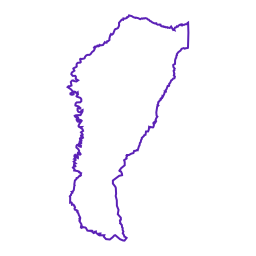 outline of Kralanh, Siemréab, Cambodia
{"feature_id": "14789045B14092242539630", "entity_name": "Kralanh", "entity_type": "district", "adm_level": 2, "iso_a3": "KHM", "parent_name": "Cambodia", "parent_adm1": "Siemréab", "projection": "albers", "projection_center": [103.469, 13.548], "detail": "fine", "context": "isolated", "style": "outline", "palette": "violet", "viewbox_px": 256, "rotation_deg": 0, "n_neighbors": 0, "source": "geoboundaries", "source_scale": "gbopen_adm2", "svg_char_len": 5649}
<svg xmlns="http://www.w3.org/2000/svg" viewBox="0 0 256 256"><path d="M76.8,66.1L76.5,66.8L73.5,68.3L73.3,68.6L74.4,70.7L72.2,72.2L71.5,73.2L71.3,74.2L72.7,75.9L75.3,75.9L75.9,76.8L75.7,78.9L78.1,80.3L76.4,81.5L73.9,81.0L73.1,80.4L72.0,80.6L70.8,82.0L71.5,85.5L69.6,86.3L68.5,86.2L67.6,87.1L70.9,89.3L72.5,91.1L72.5,92.3L70.4,93.4L70.5,94.3L72.0,94.8L73.6,94.3L73.9,91.9L74.2,91.6L75.4,91.9L76.5,93.3L77.7,92.3L78.0,94.4L76.5,96.2L76.8,96.6L80.4,97.9L81.3,99.2L81.3,101.2L80.2,102.3L76.7,102.4L75.7,103.4L75.3,105.2L75.5,105.6L78.5,106.4L80.4,108.1L80.1,108.6L77.9,108.2L77.6,108.4L77.5,110.3L78.3,111.8L79.6,112.3L80.3,112.2L81.8,110.3L82.6,110.0L82.5,111.5L80.5,115.1L76.7,115.2L75.4,115.4L74.7,115.9L75.4,116.9L76.4,117.4L77.3,117.0L78.1,117.5L78.1,117.9L76.8,118.7L76.6,119.3L77.0,119.8L78.7,119.4L78.8,120.0L77.1,120.8L77.7,121.6L78.6,121.7L79.8,120.1L80.4,119.9L81.3,120.3L81.7,120.8L79.3,124.1L78.5,126.0L78.8,126.7L79.5,127.1L81.8,127.0L80.9,128.0L82.5,129.2L83.1,130.9L81.0,132.3L82.7,134.5L82.6,135.0L81.0,135.5L81.1,136.0L82.6,136.7L83.0,137.7L81.8,138.4L80.4,138.0L79.9,138.6L80.1,139.4L81.5,140.4L81.5,140.8L81.1,141.2L80.2,140.9L79.7,141.3L79.6,142.3L81.2,142.8L81.2,143.2L79.6,143.1L79.0,143.5L78.8,144.1L81.0,145.8L80.8,146.8L79.0,146.2L78.0,144.8L77.1,144.9L76.4,146.0L76.4,147.5L78.4,149.3L79.2,151.0L79.0,152.1L78.0,152.6L77.9,153.0L78.6,153.4L80.0,153.1L80.6,154.1L80.0,154.7L78.1,154.2L77.4,154.5L77.3,155.2L78.0,157.0L77.9,158.0L76.6,157.3L75.4,155.0L75.2,154.8L74.5,155.4L74.4,156.4L75.2,157.9L74.2,158.9L75.5,159.3L75.6,160.1L73.7,161.6L75.5,163.3L74.2,163.5L73.9,165.4L74.1,165.7L75.2,165.7L75.4,166.3L73.4,167.0L72.9,167.6L74.6,169.4L74.2,170.5L77.8,171.1L79.2,171.7L79.0,172.2L79.4,172.5L81.1,173.2L80.7,174.1L81.0,175.2L80.3,175.9L79.5,175.8L77.7,177.8L76.6,178.0L76.4,179.1L74.9,180.5L74.3,184.4L74.7,185.3L74.3,185.8L73.8,190.0L72.8,191.5L71.9,191.8L72.5,192.3L72.5,192.7L71.8,193.2L71.0,194.4L71.0,195.1L69.8,196.3L70.2,197.5L70.1,202.6L71.0,202.3L71.7,202.7L71.9,204.7L72.9,204.4L73.7,204.8L73.8,205.6L74.4,205.9L75.1,207.4L74.5,208.3L74.8,209.6L76.8,210.3L76.8,210.9L77.7,211.2L77.4,212.3L78.3,213.2L78.8,214.9L80.2,217.6L80.2,218.1L79.7,218.4L80.1,219.0L80.0,219.3L79.6,219.4L79.9,220.0L79.8,221.0L79.5,221.1L81.4,224.3L81.5,225.4L81.1,225.9L80.9,227.5L81.7,227.9L82.7,226.8L83.4,227.3L85.0,227.4L85.9,227.9L87.4,230.6L89.4,230.9L90.1,230.6L91.2,231.3L91.7,230.7L92.2,230.8L92.1,231.3L93.6,233.1L94.0,233.0L94.6,231.8L95.9,231.5L95.9,232.6L98.1,234.5L99.0,233.6L100.4,233.5L100.3,234.0L99.2,234.7L99.2,235.2L99.6,235.4L104.3,235.2L103.8,236.7L106.0,239.1L109.8,239.5L112.5,237.4L114.4,235.4L115.3,235.2L120.0,239.2L123.1,240.5L124.5,240.6L126.6,237.9L124.7,236.6L124.4,236.6L123.8,234.8L122.7,233.2L123.4,231.6L122.6,229.9L122.7,228.0L122.1,227.4L121.8,224.9L121.0,224.3L120.8,223.6L120.1,223.3L120.3,222.5L119.9,220.7L120.1,220.1L120.9,219.7L120.8,217.7L117.8,214.2L118.5,209.8L116.9,205.8L116.8,200.2L115.7,196.0L116.1,193.8L115.8,187.9L115.3,186.7L112.9,183.6L112.9,180.5L119.2,175.8L122.1,175.2L122.0,173.8L121.0,171.5L119.6,171.1L119.4,170.6L121.1,168.2L124.7,165.3L124.7,161.9L124.1,160.2L126.6,158.5L126.3,157.5L127.1,156.1L126.5,155.5L126.8,155.0L129.0,155.0L131.4,153.6L133.4,153.1L134.1,150.9L135.8,150.8L136.6,150.1L137.7,150.3L139.0,146.0L139.5,145.5L139.9,143.0L140.7,142.1L141.1,140.0L141.8,138.9L141.8,137.9L143.9,136.0L144.2,135.2L145.5,134.8L146.0,131.5L148.1,131.4L148.8,129.6L149.1,126.9L150.0,127.4L150.3,126.9L152.4,127.4L153.2,127.3L153.6,126.4L154.0,124.8L153.4,123.6L153.5,122.7L154.4,122.0L155.1,122.8L155.8,121.8L156.1,121.2L155.6,120.7L155.8,120.2L155.6,119.9L156.3,118.1L157.4,116.6L156.6,115.7L156.3,112.4L157.2,106.6L158.3,105.5L157.5,104.9L158.2,103.6L158.2,102.2L159.3,101.4L159.5,100.5L160.6,100.0L161.1,99.1L160.7,98.7L161.7,97.7L162.1,97.8L162.4,96.2L162.9,96.6L164.3,93.8L164.4,92.8L165.0,92.1L164.8,91.4L165.9,91.5L165.7,90.1L166.5,89.2L167.5,86.4L167.7,85.9L168.9,86.0L169.2,85.5L169.2,83.7L170.2,82.8L171.2,80.4L171.9,80.1L173.3,78.5L174.4,78.3L174.9,76.7L173.9,75.6L174.2,75.3L174.0,74.2L174.4,73.8L173.6,70.9L174.4,70.2L174.2,69.4L174.7,68.6L173.5,67.2L173.2,65.8L173.3,64.8L175.0,63.9L175.1,60.2L175.7,58.2L176.2,57.8L176.4,55.8L177.0,55.2L176.8,54.2L178.3,52.2L180.5,50.6L181.6,48.8L183.8,48.1L184.8,48.7L185.4,48.3L187.8,48.0L188.0,47.4L188.4,32.7L188.1,22.6L187.5,23.0L187.4,23.8L186.6,24.2L185.4,24.2L184.0,24.9L182.7,24.9L182.1,25.5L181.7,25.4L182.0,24.8L181.8,24.3L180.2,24.6L178.4,25.7L177.9,26.6L176.9,26.9L176.7,26.6L176.2,27.3L175.0,27.6L174.2,29.2L174.5,30.1L173.8,29.8L173.2,30.0L171.1,26.5L169.8,28.0L167.9,27.5L167.6,27.7L167.0,27.1L165.9,27.4L164.8,26.7L164.3,27.0L163.6,26.8L163.0,26.2L162.2,26.5L161.1,26.0L160.6,24.9L160.2,25.1L159.8,24.5L157.8,24.7L155.8,23.6L155.9,23.3L154.6,23.4L152.3,22.4L150.8,21.2L150.1,21.1L148.8,19.7L147.9,19.5L146.9,18.5L145.1,18.1L144.2,18.5L143.2,18.3L142.7,18.7L141.7,18.4L140.2,19.2L138.3,18.2L135.9,17.6L135.6,17.9L133.4,17.2L131.7,16.1L129.0,15.4L128.4,16.8L127.1,17.1L126.8,18.0L124.7,18.7L123.4,18.4L123.1,19.8L121.9,19.6L121.5,19.9L119.0,22.8L119.1,25.6L118.0,28.0L116.5,28.8L115.5,29.0L114.8,29.6L113.2,33.7L111.9,34.7L111.0,34.0L110.3,35.1L109.4,38.4L109.5,39.9L108.1,41.2L107.2,41.2L106.6,42.7L105.6,42.4L105.0,42.8L104.7,42.4L103.0,45.0L100.5,45.4L99.8,44.9L99.3,45.7L98.9,45.4L98.2,45.5L98.6,46.2L98.3,46.4L96.7,46.2L95.5,47.3L95.3,46.6L94.7,46.7L94.0,47.7L94.8,48.4L94.7,48.9L93.9,50.6L91.9,52.2L90.7,54.0L89.5,54.9L87.5,54.9L86.4,55.3L85.1,56.7L84.6,58.2L83.9,58.6L81.7,59.0L80.5,58.8L80.1,59.2L80.8,62.0L80.3,62.6L77.8,62.8L76.8,63.7L76.5,65.1L76.8,66.1Z" fill="none" stroke="#5b21b6" stroke-width="2"/></svg>